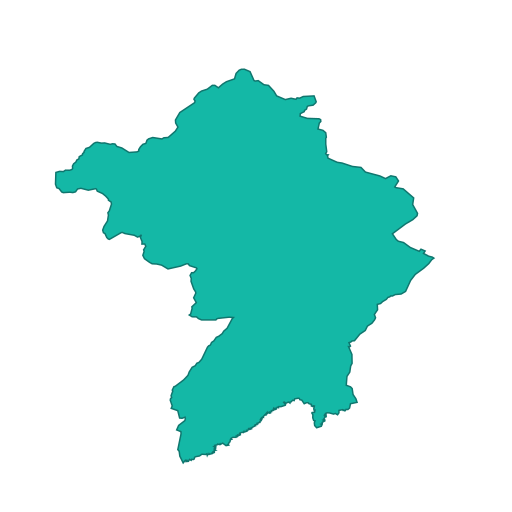 Atwima Kwanwoma, Ashanti, Ghana (Equal Earth projection), rotated 72°
{"feature_id": "2480657B14749544754301", "entity_name": "Atwima Kwanwoma", "entity_type": "district", "adm_level": 2, "iso_a3": "GHA", "parent_name": "Ghana", "parent_adm1": "Ashanti", "projection": "equal_earth", "projection_center": [-1.697, 6.59], "detail": "fine", "context": "isolated", "style": "filled", "palette": "teal", "viewbox_px": 512, "rotation_deg": 72, "n_neighbors": 0, "source": "geoboundaries", "source_scale": "gbopen_adm2", "svg_char_len": 6114}
<svg xmlns="http://www.w3.org/2000/svg" viewBox="0 0 512 512"><g transform="rotate(72 256 256)"><path d="M426.4,205.1L422.7,205.1L417.7,206.5L411.8,205.5L409.7,206.5L406.8,210.1L398.6,206.7L395.4,202.7L389.8,199.9L387.8,197.8L379.3,195.2L370.8,196.0L371.3,195.0L370.9,194.0L367.1,194.4L367.1,192.4L366.5,190.8L367.0,188.5L362.4,181.4L360.6,175.1L357.1,171.7L355.7,166.4L353.3,162.9L351.7,161.4L348.2,161.5L344.7,157.0L339.5,155.6L339.7,152.2L338.5,149.7L337.5,145.4L336.1,143.3L336.2,141.4L335.6,140.4L336.2,138.5L335.7,135.5L337.0,129.7L335.9,124.7L327.0,116.5L322.7,110.2L319.4,100.2L316.6,94.0L313.8,90.0L313.0,87.5L311.5,88.7L309.5,91.9L305.3,95.9L303.5,93.6L300.5,97.0L302.0,99.3L295.5,106.7L288.8,111.5L285.9,116.1L283.7,117.5L277.0,119.4L271.7,103.9L269.9,95.7L267.5,90.4L265.4,89.2L255.5,91.1L249.5,88.1L237.6,95.3L234.3,101.7L233.2,102.7L228.7,97.3L223.9,98.6L221.4,103.0L222.4,108.9L218.2,113.4L210.0,126.0L204.2,128.8L200.6,136.7L194.2,145.4L192.0,149.8L185.2,157.3L182.8,157.0L182.1,156.1L181.6,157.5L180.1,158.1L178.7,156.5L171.2,155.1L165.6,153.3L164.8,152.4L160.3,151.6L157.2,153.5L154.4,157.8L149.1,154.7L148.1,152.8L146.3,152.4L145.0,153.6L141.0,164.6L136.6,170.9L134.3,169.9L133.6,165.5L132.5,164.8L131.9,162.6L129.6,161.0L129.4,159.6L130.2,155.1L128.7,151.8L127.9,151.1L121.7,151.3L118.9,161.8L119.4,165.7L118.3,168.1L119.3,169.6L116.8,173.9L116.3,179.8L110.1,186.9L104.8,188.1L97.6,191.4L95.6,195.5L89.9,199.7L89.4,202.6L88.5,203.7L78.8,204.7L74.8,209.3L73.9,212.2L74.1,214.6L76.2,218.5L80.9,221.7L81.1,230.3L82.2,234.6L84.4,239.8L81.0,242.4L80.2,244.8L82.3,250.8L82.3,256.9L83.2,260.1L86.9,266.0L87.9,266.6L89.7,266.0L91.2,267.0L96.0,284.1L101.8,290.6L104.7,291.3L109.3,290.4L112.4,294.2L116.1,302.9L115.1,307.1L115.6,309.3L111.4,317.6L111.4,321.9L112.1,323.8L114.9,326.0L114.8,329.0L116.4,332.1L118.5,334.6L120.0,335.1L120.2,337.1L118.3,344.8L111.8,350.2L108.8,354.5L105.9,355.5L104.9,357.9L104.8,360.1L101.7,365.0L100.9,368.1L98.8,371.8L98.5,373.5L98.8,375.5L101.2,380.8L101.2,384.5L103.4,387.2L104.3,387.5L105.1,389.3L106.2,389.8L106.9,393.4L108.9,394.5L109.3,396.7L111.0,398.3L112.0,401.0L113.8,402.8L116.0,403.3L116.8,404.2L116.9,406.6L115.5,410.7L116.2,413.1L114.8,416.7L114.7,420.5L125.7,424.5L129.5,424.4L131.1,422.4L135.1,421.0L136.2,419.7L137.8,413.3L139.1,410.6L139.2,407.8L137.1,405.0L137.5,401.6L141.6,395.1L142.4,387.8L143.1,387.1L145.3,386.9L149.1,382.7L152.5,380.5L156.2,378.8L157.3,379.1L159.9,377.1L162.0,377.4L167.8,381.6L169.1,383.5L171.5,383.7L176.8,386.4L180.9,391.4L184.0,393.8L186.7,393.9L188.0,392.7L192.3,392.2L194.1,391.3L194.9,390.3L192.1,377.0L192.3,375.8L194.1,373.8L198.7,365.3L201.4,362.8L201.3,360.4L200.4,358.4L202.5,360.2L207.1,359.9L209.4,360.8L210.2,358.1L212.7,357.8L215.4,361.0L216.9,360.9L220.4,363.4L224.1,362.9L229.0,359.3L231.3,357.2L232.9,353.0L235.5,348.6L241.1,343.7L242.3,330.8L241.9,324.6L242.5,322.9L244.6,322.2L248.9,316.3L249.9,316.1L251.5,318.2L252.6,320.5L252.0,322.4L254.1,324.7L257.3,324.5L260.0,325.6L268.0,325.4L271.6,324.5L272.8,324.8L276.5,328.2L281.9,327.2L284.5,332.7L286.0,332.9L291.0,336.1L291.5,337.7L294.1,335.5L295.5,331.4L297.7,330.1L300.0,327.5L304.4,313.9L303.7,312.9L303.6,311.3L305.9,300.4L307.5,296.5L308.2,297.9L315.8,305.8L317.5,309.9L319.4,312.1L320.8,316.1L321.1,318.9L323.7,322.3L324.5,325.0L326.6,326.9L326.8,328.7L327.7,330.3L337.4,339.5L339.6,343.2L339.7,345.4L341.6,347.7L342.1,351.1L345.6,355.3L348.5,357.6L351.5,363.1L355.0,373.2L354.9,374.4L357.7,377.1L358.8,376.9L362.6,379.9L364.6,380.0L365.3,381.4L366.6,382.1L372.7,382.0L374.7,383.7L378.9,378.2L386.5,378.7L387.5,376.4L387.4,373.3L389.1,373.5L390.6,374.6L393.2,381.9L396.9,385.2L399.8,381.7L401.9,382.2L416.0,390.2L418.0,389.4L422.8,390.3L430.3,389.2L428.4,386.3L429.3,384.1L429.4,385.5L429.9,385.9L430.4,383.7L428.9,382.1L430.3,380.8L429.5,380.1L430.2,378.6L429.9,377.4L428.6,376.7L428.2,375.7L428.7,371.5L427.8,368.7L429.2,365.2L428.9,363.9L430.5,364.0L429.7,363.3L430.2,362.3L429.4,361.7L430.2,361.2L430.4,358.6L430.0,357.3L429.5,358.3L428.9,357.4L428.6,356.4L429.3,356.1L428.1,355.6L428.2,354.4L427.2,355.3L426.6,353.9L425.7,353.5L425.7,354.8L424.7,354.2L424.2,354.7L424.2,353.2L423.4,353.5L423.6,351.4L423.0,350.6L424.0,349.2L423.5,348.2L424.2,348.1L423.7,345.5L427.1,343.1L427.4,340.6L426.5,341.1L426.4,340.2L425.0,339.3L424.7,338.2L422.7,337.1L422.8,335.9L422.0,336.4L421.7,336.0L421.3,334.1L422.3,331.0L421.1,330.4L421.9,329.5L420.6,328.9L421.4,328.3L420.3,327.0L421.3,327.0L421.2,326.1L419.4,325.8L419.4,323.5L420.0,322.8L419.1,321.7L419.8,321.7L419.8,319.3L418.9,318.9L419.6,318.1L419.0,317.5L418.5,315.4L418.3,316.7L417.8,316.4L418.3,314.4L419.0,314.8L418.9,313.5L418.0,313.6L417.4,310.0L416.7,309.6L417.2,308.9L416.3,308.6L416.6,307.1L415.6,306.8L416.1,306.0L415.3,305.5L415.5,303.7L414.6,303.6L414.3,302.3L412.8,302.4L412.3,301.7L413.5,301.3L412.6,300.4L411.6,300.6L411.3,299.9L411.8,298.8L411.0,298.7L410.0,297.0L410.2,296.0L409.7,296.2L409.5,294.9L409.1,295.2L408.2,293.8L409.4,294.1L408.6,291.9L409.6,291.8L409.7,290.8L408.7,290.8L408.9,289.3L407.8,289.1L408.2,287.7L406.9,286.7L408.0,286.7L407.8,285.7L406.9,285.6L408.0,284.7L407.8,284.1L406.9,284.3L407.1,283.4L406.4,282.6L407.2,281.5L406.2,281.1L407.0,278.8L407.0,274.3L406.5,273.8L403.7,274.9L403.6,274.3L405.3,272.9L404.9,270.4L406.3,269.2L405.5,268.9L405.6,267.8L404.5,265.7L405.3,264.4L403.8,263.4L404.3,259.7L404.8,258.8L406.2,258.7L407.2,257.0L411.4,255.8L411.1,253.5L411.6,251.7L412.8,251.3L414.2,249.2L415.7,249.7L416.7,248.5L416.1,247.9L416.7,246.8L419.2,248.3L421.0,248.4L421.0,247.6L422.8,248.7L422.2,251.0L422.6,251.4L424.6,251.0L427.4,252.0L430.2,252.0L431.0,250.8L432.7,252.1L435.4,252.6L438.1,251.4L438.1,246.5L436.9,245.4L436.0,246.1L436.0,244.8L434.7,244.5L434.2,242.1L433.3,242.6L433.8,241.4L433.0,241.2L432.0,242.1L430.6,240.0L429.4,240.2L429.1,239.4L430.0,238.8L428.4,238.4L428.1,239.6L427.2,238.3L427.1,236.9L427.9,234.7L430.3,231.1L430.3,229.2L432.2,227.5L430.8,225.6L428.5,224.8L428.9,221.1L429.7,220.9L429.6,220.0L430.5,219.8L430.7,218.9L429.7,217.8L430.4,216.1L429.5,214.0L425.7,211.8L426.4,205.1Z" fill="#14b8a6" stroke="#0f766e" stroke-width="1.5"/></g></svg>